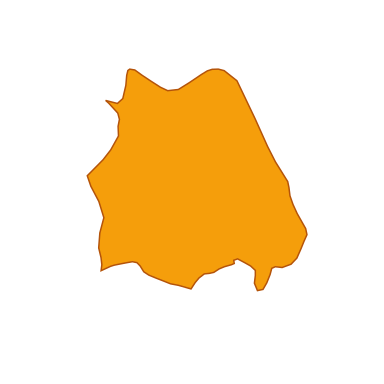 the district of Bau, Sarawak, Malaysia, rotated 306°
{"feature_id": "92858781B57032807608954", "entity_name": "Bau", "entity_type": "district", "adm_level": 2, "iso_a3": "MYS", "parent_name": "Malaysia", "parent_adm1": "Sarawak", "projection": "orthographic", "projection_center": [110.089, 1.382], "detail": "fine", "context": "isolated", "style": "filled", "palette": "amber", "viewbox_px": 384, "rotation_deg": 306, "n_neighbors": 0, "source": "geoboundaries", "source_scale": "gbopen_adm2", "svg_char_len": 1223}
<svg xmlns="http://www.w3.org/2000/svg" viewBox="0 0 384 384"><g transform="rotate(306 192 192)"><path d="M80.2,161.8L74.9,164.7L84.0,169.8L87.0,172.0L91.9,176.5L96.8,181.1L100.6,184.8L102.5,189.0L101.7,193.5L99.1,199.9L99.4,206.0L101.3,213.9L103.2,221.1L105.1,228.6L108.5,235.8L113.0,248.2L120.6,247.8L126.6,248.2L133.0,250.1L136.4,253.9L139.8,256.9L145.8,259.2L150.7,262.2L156.4,266.7L159.0,268.2L161.3,265.9L164.7,268.2L165.8,276.1L166.6,282.9L165.8,289.3L161.7,292.3L154.9,296.1L150.7,302.9L154.9,306.7L162.4,305.9L171.1,303.7L177.1,301.4L180.5,303.3L183.9,309.3L191.8,314.6L200.1,315.7L210.3,313.5L217.9,311.6L225.0,310.1L225.4,309.7L229.2,305.5L236.4,289.7L241.3,281.0L246.5,273.5L252.6,267.8L256.7,263.3L265.4,241.8L273.3,226.3L288.4,199.9L308.4,163.0L309.1,146.7L306.9,141.1L303.1,136.2L299.0,133.2L292.5,130.5L279.0,125.6L266.9,120.7L259.7,112.8L258.2,104.9L257.5,92.8L257.1,83.0L257.1,74.0L254.8,69.4L252.6,68.7L248.0,70.6L239.4,75.8L226.9,81.1L219.8,79.6L218.6,76.6L215.3,68.3L214.9,72.4L212.2,85.6L208.1,90.6L201.7,93.6L194.1,99.6L178.3,101.5L165.8,101.1L143.6,97.7L137.2,106.8L129.6,122.2L119.4,135.8L104.7,141.5L91.9,149.4L85.5,156.9L80.2,161.8Z" fill="#f59e0b" stroke="#b45309" stroke-width="1.5"/></g></svg>